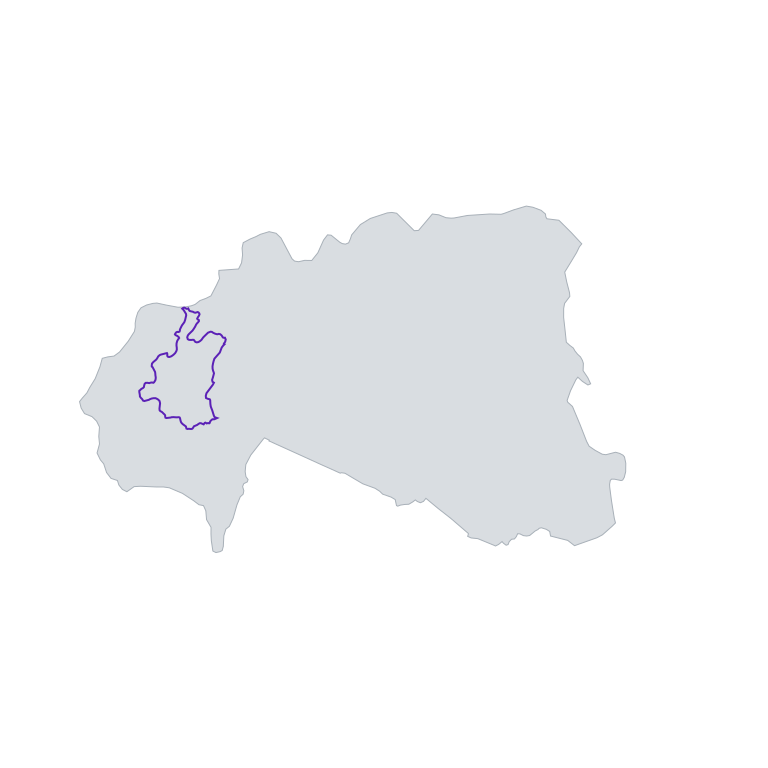 Burkina Faso, with Houet highlighted, rotated 25°
{"feature_id": "BFA-2799", "entity_name": "Houet", "entity_type": "Province", "adm_level": 1, "iso_a3": "BFA", "parent_name": "Burkina Faso", "parent_adm1": "", "projection": "natural_earth1", "projection_center": [-4.316, 11.385], "detail": "fine", "context": "in_parent", "style": "outline", "palette": "violet", "viewbox_px": 768, "rotation_deg": 25, "n_neighbors": 0, "source": "natural_earth", "source_scale": "10m", "svg_char_len": 6059}
<svg xmlns="http://www.w3.org/2000/svg" viewBox="0 0 768 768"><g transform="rotate(25 384 384)"><path d="M551.8,483.7L534.4,484.5L528.0,486.7L524.2,486.7L524.0,484.9L523.6,483.8L501.5,477.6L486.0,474.0L470.3,469.9L469.4,473.7L467.2,476.2L463.8,476.4L461.4,475.8L459.9,478.7L457.3,482.5L453.7,484.4L450.1,486.8L448.1,488.9L446.7,488.9L443.0,484.0L438.3,483.5L429.4,484.4L425.4,483.0L419.9,482.3L407.0,483.4L386.3,481.4L382.9,482.4L382.0,483.3L361.6,483.6L339.1,483.8L320.3,484.0L303.8,484.2L303.8,483.4L298.5,483.3L297.9,484.9L293.3,504.7L292.8,515.4L295.2,522.1L298.0,526.3L301.2,528.1L301.5,530.5L299.0,533.6L299.2,536.7L302.1,540.0L302.9,543.4L301.4,547.0L301.8,555.7L304.0,569.4L304.0,578.3L302.0,582.4L303.0,589.3L307.0,599.1L307.7,603.3L306.3,605.2L302.9,607.8L299.5,607.7L295.6,601.8L293.8,599.1L290.6,593.1L287.8,587.0L284.1,584.4L280.5,581.9L276.1,574.2L271.8,570.5L267.3,571.6L260.8,570.2L247.5,568.3L233.3,568.8L227.4,570.6L221.5,573.4L206.7,579.5L200.9,582.6L196.5,590.3L191.4,590.1L186.4,587.6L183.2,584.1L176.5,584.9L170.0,581.5L163.7,574.8L159.0,572.6L153.1,567.8L151.5,558.6L147.7,552.1L144.3,543.2L139.2,539.1L133.2,537.0L125.1,537.4L119.7,533.8L115.5,528.6L116.6,524.0L118.5,517.6L118.8,511.3L120.0,501.2L119.3,488.6L117.8,479.8L122.3,476.1L127.5,472.8L130.8,466.8L134.1,453.4L135.6,441.8L134.5,437.5L132.8,434.1L131.4,429.1L130.6,423.0L131.6,417.6L135.5,412.7L140.5,408.6L144.0,406.6L153.3,404.5L164.9,401.5L171.6,398.0L176.4,394.5L179.2,391.7L182.0,386.1L186.4,381.7L189.9,377.3L190.4,365.0L190.4,358.0L187.8,354.1L186.4,350.8L203.6,341.2L203.7,334.4L201.3,326.8L197.9,320.7L196.7,315.4L201.4,309.2L205.7,304.5L208.7,300.6L215.5,294.5L222.5,293.0L228.9,295.2L247.7,309.4L251.0,310.4L254.9,309.3L259.8,305.5L266.3,302.6L268.6,293.1L268.4,279.1L269.8,272.7L273.2,271.5L284.0,274.2L286.8,274.4L290.0,273.5L292.3,271.0L292.2,266.5L291.7,262.5L295.2,249.5L301.6,239.8L314.6,227.6L318.6,225.2L323.3,223.9L346.6,232.3L350.4,230.2L356.0,209.5L362.3,207.5L369.9,207.1L374.8,205.3L377.4,203.9L388.4,196.0L407.9,185.3L418.4,180.7L420.4,179.0L427.9,171.4L437.8,162.6L444.2,160.9L453.0,160.2L458.5,161.7L460.0,164.1L461.8,165.4L473.3,161.7L489.7,167.6L504.0,173.4L503.1,177.1L503.0,183.6L501.9,193.9L500.5,206.2L506.4,214.2L513.5,222.8L515.4,226.1L513.6,234.6L514.9,239.6L518.7,247.8L525.1,258.3L531.6,269.1L536.1,270.5L540.4,271.4L543.0,273.3L546.8,275.2L550.6,276.4L553.9,278.8L556.0,281.1L558.8,287.8L566.1,292.2L571.2,296.5L569.2,298.7L562.8,297.8L556.8,295.9L556.1,299.1L555.9,311.3L556.9,321.5L558.3,322.9L564.3,324.7L578.8,337.9L591.9,350.4L596.2,353.7L603.4,354.9L611.5,355.4L615.0,354.3L622.7,348.0L626.9,347.3L630.7,347.5L632.8,348.5L636.6,353.6L640.1,361.4L641.2,367.1L640.9,370.2L639.7,371.3L633.3,372.8L630.5,374.0L629.8,375.7L630.8,379.5L632.1,382.0L639.2,393.2L649.4,408.3L652.5,412.1L650.8,416.7L645.7,428.4L641.9,433.4L625.0,450.0L616.6,448.1L599.2,451.4L596.5,447.6L592.5,447.1L587.4,447.8L585.6,449.2L585.0,450.9L583.2,453.2L580.0,459.8L577.5,461.5L574.4,462.5L570.6,462.4L568.4,463.2L568.4,466.5L567.7,469.3L565.2,470.8L564.1,474.0L564.3,477.1L562.8,478.5L559.5,477.8L557.6,476.9L555.7,480.9L553.5,483.7L551.8,483.7Z" fill="#d9dde1" stroke="#a8b0b8" stroke-width="1"/><path d="M172.6,399.3L173.3,399.3L174.6,398.5L174.7,398.3L175.2,398.7L175.7,399.2L176.9,399.9L178.5,399.7L180.1,399.3L181.5,399.4L182.8,399.2L184.8,397.5L185.8,397.6L186.8,398.1L187.4,398.9L187.4,400.4L187.1,402.3L187.1,403.8L187.9,404.2L189.2,404.3L189.7,405.2L189.4,406.7L188.8,408.3L188.6,409.9L188.6,411.7L188.3,414.2L187.9,416.5L186.0,421.5L185.7,422.9L185.9,424.8L187.2,426.3L188.5,426.4L189.7,426.0L190.8,425.5L191.7,424.9L192.9,424.4L195.3,425.6L196.7,425.4L198.1,424.4L199.1,422.9L199.9,421.2L200.4,418.4L200.8,417.2L202.8,411.9L204.7,409.9L206.0,409.5L207.7,409.8L209.4,409.8L211.1,409.6L212.2,409.2L213.1,408.4L214.6,408.1L216.3,408.6L217.4,409.3L218.2,409.9L219.3,409.8L220.3,409.3L220.6,409.7L221.2,410.1L221.7,410.4L222.2,412.7L222.1,413.7L221.8,415.1L222.1,415.9L222.5,415.8L222.0,417.2L221.5,419.5L221.9,424.9L219.6,432.7L219.9,435.3L220.4,437.8L221.1,440.4L222.2,442.6L223.4,444.1L224.7,445.4L225.4,446.2L226.1,450.0L226.5,453.0L227.7,454.5L229.3,454.7L229.2,456.9L227.0,467.4L227.5,470.1L228.6,471.9L230.5,471.9L232.5,471.5L232.8,471.7L233.3,472.1L235.1,475.5L236.5,477.6L238.0,479.1L239.3,480.3L243.3,484.7L244.5,485.6L246.1,485.5L247.1,485.4L245.2,487.6L244.6,488.0L244.2,488.0L243.8,488.2L243.2,488.8L242.4,490.7L242.3,491.8L242.5,492.9L242.1,493.6L241.1,493.7L239.9,494.7L239.1,494.5L238.4,494.5L237.9,495.1L237.6,496.8L234.7,496.9L233.6,497.4L232.8,498.5L232.0,500.0L229.6,502.7L229.5,504.2L229.2,505.5L228.3,506.3L226.0,507.1L225.0,507.8L223.8,507.9L222.4,506.2L218.4,505.4L216.9,504.8L216.0,504.2L215.1,503.2L213.5,501.1L212.9,500.7L212.1,500.8L210.1,501.9L207.2,503.0L205.5,503.9L204.9,504.5L201.2,506.8L200.2,506.9L199.5,506.1L199.1,505.2L198.5,504.6L194.5,503.2L192.7,503.1L191.7,502.6L190.9,501.2L189.2,496.1L187.8,494.3L186.1,493.6L184.6,493.4L183.0,493.4L181.2,494.2L179.4,495.5L178.1,496.9L177.6,497.7L174.0,500.7L172.7,500.9L171.2,499.9L169.3,499.2L168.1,498.5L167.4,497.2L165.5,494.5L165.1,493.4L165.4,493.0L166.2,490.9L167.2,489.6L167.7,488.4L167.3,486.8L167.0,485.1L167.5,483.7L169.1,482.9L170.9,482.4L171.8,481.5L173.0,480.7L174.4,480.4L174.9,479.6L175.0,478.5L175.2,477.4L174.9,475.9L174.3,474.4L173.2,472.8L172.2,471.0L171.4,469.8L167.1,466.5L166.3,466.4L165.9,466.0L165.5,464.8L165.1,463.5L165.6,461.7L167.3,458.0L167.6,456.2L167.7,454.4L168.5,452.6L169.4,451.6L174.2,447.7L174.9,448.3L175.7,450.1L176.3,450.5L177.0,450.6L178.1,450.2L179.5,448.8L180.4,447.3L181.0,446.1L181.7,444.2L181.9,442.0L181.7,440.4L180.8,438.6L179.7,436.9L178.8,434.8L178.4,432.5L178.5,431.0L178.9,428.9L178.0,428.2L176.3,427.8L174.4,427.8L173.5,427.3L173.6,426.1L173.9,424.9L174.6,424.1L175.7,423.8L176.5,423.0L176.5,422.0L176.1,421.2L176.0,419.9L176.1,416.3L176.9,412.4L176.7,410.0L175.7,405.3L174.9,404.1L171.4,401.8L170.3,401.3L169.3,401.0L169.8,400.0L170.5,399.3L171.2,399.1L172.6,399.3Z" fill="none" stroke="#5b21b6" stroke-width="2"/></g></svg>